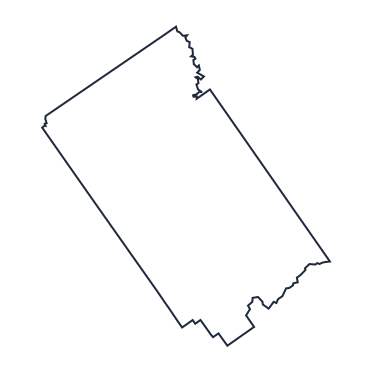 outline of Uintah, Utah, United States of America, rotated 145°
{"feature_id": "52423323B93932790335790", "entity_name": "Uintah", "entity_type": "district", "adm_level": 2, "iso_a3": "USA", "parent_name": "United States of America", "parent_adm1": "Utah", "projection": "robinson", "projection_center": [-109.611, 40.16], "detail": "fine", "context": "isolated", "style": "outline", "palette": "slate", "viewbox_px": 384, "rotation_deg": 145, "n_neighbors": 0, "source": "geoboundaries", "source_scale": "gbopen_adm2", "svg_char_len": 1291}
<svg xmlns="http://www.w3.org/2000/svg" viewBox="0 0 384 384"><g transform="rotate(145 192 192)"><path d="M277.6,178.5L277.4,132.2L277.5,121.7L277.5,120.6L277.6,112.3L277.5,112.2L277.8,95.8L277.8,88.6L277.8,86.7L264.9,86.7L264.9,82.2L258.5,82.3L258.3,64.0L258.0,61.0L251.4,61.0L251.2,45.8L218.5,45.9L218.5,59.9L211.7,62.8L211.3,66.8L205.6,67.4L203.1,70.5L198.2,68.2L197.2,61.7L198.5,59.2L196.1,52.5L188.1,55.2L186.6,52.7L182.9,54.9L177.8,54.8L170.2,59.1L167.4,57.6L162.8,57.6L161.4,59.1L157.2,57.4L155.2,61.7L150.9,61.7L143.7,63.1L143.3,64.7L137.1,65.6L132.5,61.8L130.2,61.9L128.8,59.9L124.9,59.1L118.9,56.0L118.8,120.9L118.7,159.8L118.5,265.7L134.7,265.7L133.3,267.5L136.1,269.2L135.6,270.6L132.2,269.4L128.4,269.9L126.5,267.9L128.2,272.5L126.7,277.6L124.4,277.4L122.4,281.0L123.2,283.9L121.3,283.2L120.2,279.1L116.0,279.8L119.3,286.8L115.6,287.5L113.8,291.7L116.3,291.3L117.2,295.6L115.2,299.3L112.7,299.3L112.6,301.4L114.9,303.6L112.5,303.9L109.5,309.0L111.2,312.3L107.9,316.1L109.6,318.9L108.8,322.4L106.2,323.2L109.8,325.1L110.6,330.2L111.9,331.9L110.3,336.6L122.5,336.6L268.3,338.2L270.2,336.1L271.6,331.8L273.5,332.4L274.1,330.2L274.7,331.0L277.8,330.6L277.8,296.4L277.8,251.3L277.7,212.7L277.6,187.3L277.6,187.2L277.6,178.5Z" fill="none" stroke="#1e293b" stroke-width="2"/></g></svg>